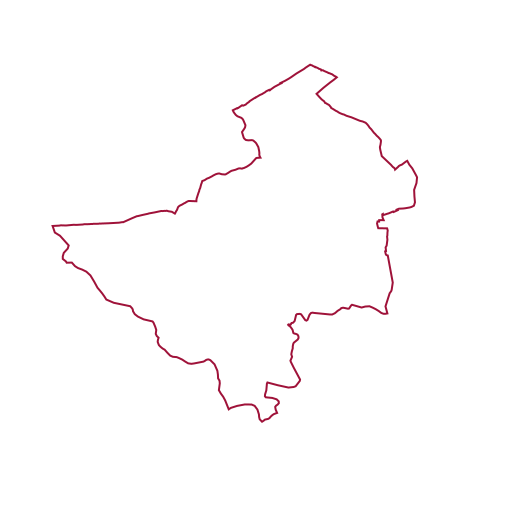 Farliug, Caras-Severin, Romania, rotated 337°
{"feature_id": "2599482B98353874095060", "entity_name": "Farliug", "entity_type": "district", "adm_level": 2, "iso_a3": "ROU", "parent_name": "Romania", "parent_adm1": "Caras-Severin", "projection": "robinson", "projection_center": [21.876, 45.494], "detail": "fine", "context": "isolated", "style": "outline", "palette": "rose", "viewbox_px": 512, "rotation_deg": 337, "n_neighbors": 0, "source": "geoboundaries", "source_scale": "gbopen_adm2", "svg_char_len": 6095}
<svg xmlns="http://www.w3.org/2000/svg" viewBox="0 0 512 512"><g transform="rotate(337 256 256)"><path d="M214.1,408.7L214.1,405.0L214.7,402.4L216.0,401.6L217.9,401.2L219.5,400.4L220.1,398.7L219.0,396.0L215.5,393.0L209.8,389.9L209.4,388.6L210.3,386.9L213.0,383.7L216.2,377.7L217.1,376.9L225.6,383.5L234.5,389.8L239.5,391.3L241.6,391.4L247.5,388.1L248.3,386.9L247.1,373.6L246.7,367.1L246.8,365.8L249.8,362.9L250.1,360.2L251.8,357.7L253.7,355.4L254.6,353.4L255.9,351.5L256.9,350.6L261.8,349.2L263.1,348.1L263.5,347.1L263.7,346.2L263.6,345.4L263.5,344.6L262.3,343.3L260.9,342.3L260.3,341.4L260.8,338.4L260.5,336.5L259.7,333.6L259.0,332.9L258.8,332.3L258.7,331.9L259.1,331.7L259.6,332.4L260.2,332.6L260.5,332.3L261.3,332.6L262.1,331.8L262.6,331.6L263.8,331.9L264.3,331.8L266.2,330.9L269.9,325.9L271.0,325.5L273.5,326.3L274.5,327.0L274.8,327.5L276.3,334.3L277.2,335.2L278.5,334.9L282.2,331.1L283.2,330.5L284.3,330.0L285.8,330.2L287.4,331.2L301.2,338.7L303.2,339.6L306.2,339.5L307.9,339.0L309.6,338.4L312.9,337.9L314.1,337.3L315.9,337.6L318.0,339.0L320.1,340.5L321.2,340.7L324.2,338.7L325.3,338.4L333.1,344.7L336.8,345.2L340.8,346.6L343.2,349.1L345.4,351.7L347.4,354.5L349.1,357.4L350.7,358.9L351.0,359.1L352.7,359.8L354.5,360.2L355.5,353.0L364.5,342.5L366.7,341.2L367.7,340.1L371.5,333.9L377.5,307.0L376.6,306.3L376.2,305.6L376.2,304.8L376.7,302.2L377.6,302.3L378.7,298.7L380.3,297.5L383.3,292.4L384.3,289.2L384.9,288.5L386.1,285.9L387.2,284.0L387.5,281.8L379.4,278.2L379.6,276.4L380.1,273.4L381.4,271.7L382.8,272.4L383.4,271.1L387.5,272.9L387.5,270.0L388.5,267.0L389.2,266.9L388.9,268.0L390.5,268.2L393.2,268.4L394.8,268.6L399.6,268.6L399.8,269.3L404.2,269.2L403.8,268.3L406.0,268.3L410.1,269.8L412.2,270.4L416.5,271.4L418.3,271.6L421.0,271.4L423.3,268.7L425.1,263.1L427.4,256.9L432.2,251.6L435.0,246.5L434.9,244.5L434.1,236.4L432.8,231.8L432.4,227.5L430.7,227.7L425.9,228.9L424.1,228.8L422.6,229.0L421.6,229.5L417.8,230.8L417.9,230.2L417.6,228.8L417.4,228.5L416.9,227.8L416.2,225.9L416.0,225.1L410.8,213.2L411.9,206.8L412.4,204.8L412.7,204.0L414.0,202.3L415.7,199.5L416.2,198.3L416.1,197.7L415.8,196.6L415.0,194.3L414.1,192.4L413.4,190.2L412.7,188.6L411.6,184.3L410.7,182.1L410.5,180.7L409.9,178.4L409.0,176.2L406.7,173.8L404.9,172.5L404.2,171.9L398.0,165.6L394.1,162.3L392.1,160.0L391.2,159.4L389.2,157.4L387.9,155.8L387.6,155.1L386.2,153.5L384.7,151.3L383.0,149.0L383.0,148.8L383.1,148.4L382.3,145.7L381.7,144.8L381.1,144.2L380.4,143.0L379.4,142.1L379.2,140.3L378.1,138.4L377.5,137.2L376.5,134.5L375.1,130.4L383.9,127.5L392.2,125.2L396.4,124.2L400.2,123.1L399.6,122.1L398.3,120.6L397.4,119.0L396.9,118.3L396.1,117.6L395.8,117.2L394.5,116.0L394.2,115.9L393.7,115.1L390.9,112.2L390.4,111.4L389.6,110.9L388.8,110.8L388.6,110.7L388.8,109.9L387.7,108.7L387.0,108.2L386.4,107.2L385.0,105.7L384.5,105.6L384.4,105.5L384.6,105.3L384.5,105.1L382.9,103.7L382.3,102.7L381.2,101.7L380.9,101.4L380.5,101.4L380.4,101.1L374.9,102.1L374.4,102.3L373.1,102.6L364.6,103.8L358.3,105.1L355.3,105.6L350.9,106.1L346.4,106.3L346.7,106.9L345.7,106.9L343.7,107.1L339.1,107.5L334.5,108.5L333.6,108.9L333.0,108.8L332.9,108.6L332.9,108.2L330.8,108.3L329.6,108.4L328.4,108.8L326.0,109.1L325.0,109.3L322.6,109.3L319.1,109.8L317.7,109.8L317.3,110.2L316.6,110.0L315.3,110.2L311.3,110.9L310.5,111.0L310.2,111.3L309.9,111.4L307.2,112.0L305.7,112.6L303.0,112.6L302.5,112.3L302.1,111.8L298.2,112.6L297.6,112.8L297.0,112.7L296.4,112.8L296.3,112.5L295.3,112.6L291.6,112.8L291.6,113.9L291.7,115.1L292.5,118.2L293.5,120.1L296.5,123.1L297.1,124.4L297.3,125.1L297.4,126.1L297.4,130.7L297.4,131.4L297.2,131.8L296.2,133.3L294.9,134.3L291.6,136.4L291.5,136.7L290.9,142.3L291.0,143.1L291.9,145.1L292.7,145.7L294.3,146.6L297.4,147.7L298.3,148.3L298.8,149.0L300.0,151.5L300.3,152.8L300.7,156.6L300.4,158.2L299.9,160.7L299.3,162.7L298.7,163.8L298.4,165.1L298.4,166.1L298.5,167.2L295.0,166.0L294.3,166.0L287.7,169.1L284.7,169.8L282.2,170.2L279.0,170.3L278.3,170.1L277.2,170.1L275.6,169.1L274.5,168.7L273.5,168.6L270.9,168.6L266.7,168.0L265.0,168.2L262.9,168.6L259.9,169.0L259.0,168.7L256.5,167.4L254.3,165.6L252.7,165.2L250.8,165.0L249.6,165.1L248.0,165.2L247.0,165.4L243.3,165.7L241.2,165.6L238.3,166.1L235.8,166.0L234.6,167.5L233.5,168.6L231.2,171.6L229.7,173.0L229.0,174.1L227.6,175.5L223.9,179.8L223.4,180.5L222.5,182.3L219.5,180.9L217.2,179.8L215.9,179.2L215.2,179.0L212.9,179.1L211.9,179.4L210.6,179.4L207.6,179.8L206.1,179.8L204.9,180.0L203.9,180.3L203.2,180.7L201.6,182.4L200.9,183.0L199.6,183.8L198.9,184.6L197.9,185.3L196.1,182.8L195.8,182.4L192.9,180.6L191.5,179.4L190.6,179.3L189.7,178.8L187.7,178.2L186.3,177.5L185.0,177.3L184.6,177.2L179.9,176.3L174.2,175.0L173.0,174.9L167.7,173.9L162.9,173.1L161.8,172.8L156.6,172.8L146.9,173.0L146.2,172.6L142.9,171.8L133.2,168.3L126.9,165.9L125.7,165.5L124.7,165.0L124.0,164.9L121.9,164.1L120.2,163.4L119.3,163.0L118.8,162.8L117.8,162.6L116.8,162.1L114.9,161.5L111.9,160.3L110.6,159.7L108.8,159.3L103.4,157.4L100.0,155.9L93.1,153.7L88.3,151.5L86.9,151.2L80.5,148.9L80.0,155.8L83.5,160.8L87.7,173.1L85.6,175.6L80.3,178.0L78.0,180.8L77.0,183.2L78.9,186.7L79.1,188.2L83.9,190.1L85.4,194.6L87.4,197.5L90.7,200.6L93.7,204.1L96.0,209.2L97.0,216.2L97.7,223.3L98.8,226.8L99.8,230.3L100.6,233.9L101.2,237.6L106.8,243.5L120.6,253.1L121.6,256.0L121.6,257.4L121.2,258.8L121.7,262.2L123.6,265.6L127.8,270.4L135.2,275.8L135.6,277.3L135.6,278.0L135.6,281.6L135.3,285.1L133.3,288.5L133.4,290.9L134.4,293.2L133.1,294.7L132.1,296.3L131.9,297.0L131.8,300.0L132.4,301.7L133.2,303.4L134.1,305.0L135.3,306.5L136.6,310.4L138.1,314.2L140.1,316.3L143.5,318.1L145.0,319.6L147.6,322.5L149.5,325.4L151.6,328.3L154.4,330.0L157.0,330.7L166.4,332.7L167.7,332.6L169.5,332.2L170.8,332.3L172.0,332.7L173.3,334.1L175.5,339.5L175.6,346.6L174.6,350.3L173.3,353.8L173.7,356.5L172.9,359.1L169.4,365.0L169.9,368.9L170.8,372.7L171.2,376.9L171.0,386.5L172.3,386.2L173.6,386.0L180.0,386.6L187.8,388.3L193.9,391.0L196.2,393.4L197.3,397.9L196.8,403.0L196.0,405.3L195.6,407.7L196.8,410.9L198.6,410.6L200.3,410.1L203.6,410.7L205.0,410.5L207.0,409.5L209.1,408.8L210.8,408.5L214.1,408.7Z" fill="none" stroke="#9f1239" stroke-width="2"/></g></svg>